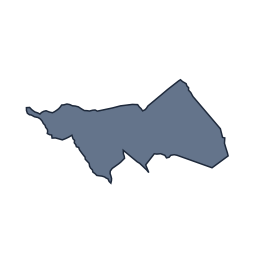 outline of Pilar, Alagoas, Brazil, rotated 11°
{"feature_id": "56859067B89686736514526", "entity_name": "Pilar", "entity_type": "district", "adm_level": 2, "iso_a3": "BRA", "parent_name": "Brazil", "parent_adm1": "Alagoas", "projection": "orthographic", "projection_center": [-36.057, -9.614], "detail": "fine", "context": "isolated", "style": "filled", "palette": "slate", "viewbox_px": 256, "rotation_deg": 11, "n_neighbors": 0, "source": "geoboundaries", "source_scale": "gbopen_adm2", "svg_char_len": 1756}
<svg xmlns="http://www.w3.org/2000/svg" viewBox="0 0 256 256"><g transform="rotate(11 128 128)"><path d="M24.4,127.4L25.0,130.2L26.4,132.7L28.7,133.8L30.6,133.7L34.0,134.8L37.7,134.9L40.3,135.9L42.6,137.8L44.0,139.7L46.1,141.2L47.0,143.0L49.2,144.9L49.8,146.8L49.8,148.8L52.2,149.5L54.4,149.5L55.4,152.4L58.7,151.6L62.5,151.9L65.8,152.2L68.8,150.3L71.5,148.3L74.3,145.8L76.1,149.1L77.9,150.3L78.1,152.8L79.9,154.3L80.9,156.2L83.3,156.5L84.5,158.6L87.0,161.0L89.7,163.4L91.4,164.8L92.0,166.8L94.5,168.6L96.6,170.1L97.6,172.9L99.0,174.6L101.0,175.9L102.0,178.0L104.4,179.1L106.4,180.5L108.8,180.4L111.5,180.2L114.3,180.5L116.1,181.3L118.0,181.7L119.7,184.1L121.7,185.4L121.8,182.8L121.5,180.7L120.4,178.4L119.1,176.1L118.8,173.7L120.2,170.7L122.3,168.5L123.8,166.9L125.7,164.9L127.3,163.0L130.4,158.4L129.7,156.4L128.5,154.4L127.6,150.8L143.4,159.4L146.3,160.5L154.3,165.6L156.9,167.8L152.4,160.8L158.7,148.3L161.3,148.1L165.0,147.0L169.4,147.8L171.5,150.0L173.9,148.9L175.2,146.6L178.4,145.4L181.3,145.4L218.1,151.0L231.6,136.3L230.3,133.4L228.0,129.2L225.6,124.6L224.9,119.3L222.6,119.2L218.8,111.1L185.7,84.7L182.8,81.2L180.2,79.3L179.8,76.9L177.7,75.4L176.6,73.4L174.4,72.6L172.6,72.0L170.3,70.6L168.7,72.1L159.4,82.8L157.5,85.2L143.4,102.5L142.3,105.2L141.2,106.9L139.1,108.4L137.0,106.4L135.1,105.2L133.0,103.2L127.8,104.0L116.4,107.7L108.9,111.3L94.7,117.3L92.3,116.6L89.9,117.3L86.9,118.7L84.6,118.8L81.7,119.2L78.4,118.0L75.2,116.7L71.9,116.5L69.2,116.8L66.3,116.1L63.5,116.1L60.6,117.5L58.5,118.1L57.5,120.3L56.3,122.3L54.6,124.2L52.8,126.0L51.0,127.4L48.4,127.4L46.5,127.1L44.3,126.7L42.1,127.7L40.1,129.3L38.9,131.1L36.5,130.4L33.5,130.0L31.7,129.2L29.9,128.3L27.5,126.6L24.4,127.4Z" fill="#64748b" stroke="#1e293b" stroke-width="1.5"/></g></svg>